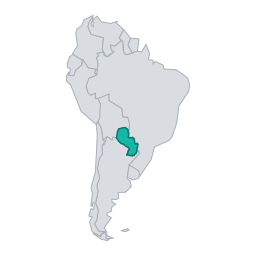 South America, with Paraguay highlighted
{"feature_id": "PRY", "entity_name": "Paraguay", "entity_type": "country or territory", "adm_level": 0, "iso_a3": "PRY", "parent_name": "South America", "parent_adm1": "", "projection": "equal_earth", "projection_center": [-57.583, -23.42], "detail": "fine", "context": "in_parent", "style": "filled", "palette": "teal", "viewbox_px": 256, "rotation_deg": 0, "n_neighbors": 12, "source": "natural_earth", "source_scale": "50m", "svg_char_len": 6709}
<svg xmlns="http://www.w3.org/2000/svg" viewBox="0 0 256 256"><path d="M105.7,232.8L107.8,236.0L113.7,238.3L106.2,238.7L105.7,232.8ZM129.3,164.8L127.1,178.5L130.2,181.3L131.3,186.4L125.5,192.2L118.1,192.5L118.7,198.2L117.3,199.3L111.8,199.4L112.2,202.4L115.8,204.0L111.9,206.8L111.2,211.4L107.4,212.9L106.8,215.1L111.3,217.8L104.2,227.6L106.7,232.0L98.5,231.1L94.5,223.7L96.6,220.6L98.3,210.6L95.6,203.0L98.0,191.6L96.9,185.7L99.6,177.8L97.4,168.6L99.2,158.9L102.4,153.7L101.9,145.7L104.6,144.0L107.1,136.5L112.0,139.8L113.0,137.0L115.9,137.2L121.1,143.5L128.9,147.9L126.8,154.5L134.1,155.4L138.1,149.2L139.3,153.8L129.3,164.8Z" fill="#d9dde1" stroke="#a8b0b8" stroke-width="1"/><path d="M105.7,232.8L106.2,238.7L109.7,238.8L107.3,240.6L101.2,239.2L92.9,233.4L100.8,236.6L102.3,233.6L105.7,232.8ZM98.2,121.8L101.3,128.1L103.2,140.1L105.4,140.4L101.9,145.7L102.4,153.7L99.2,158.9L97.4,168.6L99.6,177.8L96.9,185.7L98.0,191.6L95.6,203.0L98.3,210.6L96.6,220.6L94.5,223.7L98.5,231.1L105.8,231.9L101.0,233.5L100.0,236.1L92.1,231.8L89.5,221.9L92.3,216.9L88.8,216.1L91.0,208.6L93.6,209.6L94.3,203.4L92.7,202.6L92.3,206.4L90.8,206.0L92.4,193.8L91.1,187.2L95.4,172.0L97.3,135.0L96.2,124.4L98.2,121.8Z" fill="#d9dde1" stroke="#a8b0b8" stroke-width="1"/><path d="M121.6,230.7L127.3,228.6L129.0,229.9L125.5,231.6L121.6,230.7Z" fill="#d9dde1" stroke="#a8b0b8" stroke-width="1"/><path d="M129.3,164.8L138.7,170.8L140.1,173.0L138.5,178.4L132.7,179.9L127.3,176.9L129.3,164.8Z" fill="#d9dde1" stroke="#a8b0b8" stroke-width="1"/><path d="M139.6,176.4L138.7,170.8L129.3,164.8L139.3,153.8L139.3,151.1L136.8,149.8L137.7,144.0L134.9,143.8L133.9,138.3L128.5,137.4L129.6,123.8L127.6,117.3L122.7,117.1L121.7,108.4L108.8,100.6L108.9,94.2L101.2,98.7L95.3,98.7L95.4,93.3L90.9,95.3L88.1,93.2L86.0,86.3L88.8,78.3L96.7,74.8L97.9,63.4L96.4,57.5L98.5,55.9L96.9,53.3L103.0,52.1L104.2,55.4L108.2,56.6L114.0,51.6L111.6,50.5L110.2,44.9L114.8,46.0L121.0,40.8L123.0,41.5L123.0,49.6L125.5,54.7L133.6,52.9L133.6,50.5L141.7,51.8L146.0,44.4L149.5,53.2L148.5,59.7L153.1,60.3L153.2,63.9L155.3,61.5L163.0,65.0L163.8,69.0L176.1,69.7L187.6,77.8L189.8,85.6L188.6,91.5L178.9,105.9L176.8,122.8L172.0,136.8L169.2,140.4L154.5,146.9L151.1,159.7L139.6,176.4Z" fill="#d9dde1" stroke="#a8b0b8" stroke-width="1"/><path d="M97.9,98.5L108.9,94.2L108.8,100.6L121.7,108.4L122.7,117.1L127.6,117.3L129.6,123.8L128.7,130.1L125.4,127.9L118.5,128.9L116.3,137.9L113.0,137.0L112.0,139.8L107.1,136.5L103.2,140.1L101.3,128.1L98.2,121.8L100.3,104.1L97.9,98.5Z" fill="#d9dde1" stroke="#a8b0b8" stroke-width="1"/><path d="M96.7,74.8L88.8,78.3L86.0,86.3L88.1,93.2L90.9,95.3L95.4,93.3L95.3,98.7L97.9,98.5L100.3,104.1L99.8,118.0L96.2,124.4L81.2,111.5L70.7,85.1L66.7,81.3L66.2,76.4L69.1,71.6L68.8,75.2L73.6,75.7L75.6,70.2L81.7,65.0L82.9,59.6L88.3,67.7L96.3,69.2L94.6,72.8L96.7,74.8Z" fill="#d9dde1" stroke="#a8b0b8" stroke-width="1"/><path d="M104.7,54.9L103.0,52.1L96.9,53.3L98.5,55.9L96.4,57.5L97.9,63.4L96.7,74.8L94.6,72.8L96.3,69.2L88.3,67.7L82.9,59.6L76.7,58.0L72.6,53.4L77.5,45.7L75.7,33.6L76.9,29.0L81.7,25.7L83.8,19.9L93.1,15.4L87.9,26.8L91.3,34.5L103.5,37.7L102.2,49.3L104.7,54.9Z" fill="#d9dde1" stroke="#a8b0b8" stroke-width="1"/><path d="M121.0,40.8L114.8,46.0L110.2,44.9L111.6,50.5L114.0,51.6L106.2,56.8L102.2,49.3L103.5,37.7L91.3,34.5L87.9,26.8L89.0,22.2L91.5,18.1L93.2,17.5L91.2,24.2L93.3,26.8L93.0,20.3L96.9,16.1L101.4,21.8L110.1,23.5L118.1,21.2L115.8,22.3L123.6,29.6L119.2,38.1L121.0,40.8Z" fill="#d9dde1" stroke="#a8b0b8" stroke-width="1"/><path d="M132.1,52.6L126.8,54.9L123.9,53.0L123.0,41.5L119.2,38.1L123.6,29.6L130.5,38.1L128.1,44.9L132.1,52.6Z" fill="#d9dde1" stroke="#a8b0b8" stroke-width="1"/><path d="M137.5,51.2L132.1,52.6L129.3,47.5L128.1,44.9L130.5,38.1L139.0,38.9L137.5,51.2Z" fill="#d9dde1" stroke="#a8b0b8" stroke-width="1"/><path d="M82.1,60.0L81.7,65.0L75.6,70.2L73.6,75.7L68.8,75.2L70.5,68.9L67.3,67.5L67.4,63.2L69.6,56.7L72.9,54.5L82.1,60.0Z" fill="#d9dde1" stroke="#a8b0b8" stroke-width="1"/><path d="M127.9,130.7L127.9,131.0L128.0,131.2L128.1,131.3L128.1,131.5L128.3,131.8L128.3,132.0L128.3,132.4L128.4,132.5L128.5,132.6L128.5,132.8L128.5,133.0L128.6,133.3L128.7,133.6L128.7,134.1L128.6,134.3L128.6,134.5L128.6,134.8L128.5,135.1L128.4,135.3L128.5,135.5L128.5,135.9L128.5,136.0L128.4,136.4L128.4,136.6L128.5,136.8L128.4,136.9L128.3,137.1L128.4,137.4L128.6,137.5L128.8,137.6L128.9,137.4L129.0,137.4L129.2,137.5L129.4,137.7L129.6,137.7L129.8,137.7L130.0,137.8L130.2,137.7L130.5,137.8L130.8,137.9L131.0,138.0L131.3,138.0L131.6,137.9L131.8,137.9L131.9,137.7L132.0,137.5L132.1,137.4L132.3,137.3L132.5,137.7L132.7,137.8L132.8,138.0L133.2,138.0L133.4,138.0L133.7,138.1L133.8,138.1L133.9,138.3L134.0,138.5L134.1,138.8L134.2,139.1L134.3,139.2L134.4,139.4L134.4,139.6L134.3,139.8L134.3,140.1L134.4,140.3L134.4,140.6L134.4,140.8L134.5,141.0L134.6,141.3L134.5,141.6L134.6,141.9L134.6,142.1L134.6,142.3L134.6,142.5L134.8,142.8L134.8,143.2L134.8,143.4L134.9,143.7L135.0,143.9L135.4,144.0L135.7,143.9L136.0,143.8L136.1,143.7L136.4,143.5L136.6,143.4L136.8,143.3L137.1,143.4L137.4,143.6L137.5,143.8L137.9,144.1L137.7,144.3L137.7,144.6L137.8,144.9L137.7,145.7L137.4,146.9L137.3,147.5L137.2,148.1L136.9,148.8L136.9,149.3L136.8,150.7L136.7,151.7L136.5,152.5L136.3,152.9L136.1,152.9L136.0,153.1L136.0,153.3L135.8,153.4L135.6,153.5L135.5,153.8L135.3,153.9L135.0,154.0L134.8,154.1L134.7,154.3L134.4,154.6L134.3,154.8L134.4,155.0L134.3,155.3L134.1,155.5L133.9,155.5L133.7,155.3L133.5,155.2L133.2,155.1L132.9,155.1L132.7,155.3L132.6,155.5L132.4,155.9L132.2,155.9L132.1,155.7L131.8,155.6L131.5,155.7L131.3,155.7L131.1,155.5L130.9,155.5L130.5,155.6L129.8,155.5L128.8,155.1L127.9,155.0L126.8,155.1L126.7,154.7L126.8,154.5L126.9,154.3L127.0,154.2L127.2,153.8L127.4,153.7L127.5,153.6L127.5,153.4L127.7,153.2L127.8,152.9L127.8,152.7L127.8,152.3L127.8,152.0L127.9,151.7L128.0,151.5L128.0,151.3L128.1,151.2L128.5,150.9L128.6,150.7L128.6,150.4L128.9,150.0L128.9,149.8L128.9,149.7L129.0,149.6L129.3,149.3L129.4,149.1L129.4,148.9L129.4,148.7L129.2,148.4L128.8,147.8L128.4,147.5L128.0,147.2L127.7,147.1L127.4,147.2L127.2,146.9L126.5,146.6L125.3,145.8L124.8,145.5L124.7,145.2L124.2,144.8L123.5,144.2L122.9,143.9L122.5,144.0L121.9,143.8L121.1,143.4L120.6,143.1L120.4,142.7L120.1,142.4L119.6,142.1L119.4,141.8L119.3,141.7L119.2,141.6L118.9,141.4L118.6,141.1L118.3,140.7L117.9,140.0L117.5,139.2L117.1,138.6L116.7,138.3L116.5,138.1L116.4,137.9L116.4,137.7L116.6,137.0L116.8,136.0L117.0,135.0L117.3,133.8L117.3,133.0L117.3,132.1L117.7,131.4L118.0,130.9L118.2,130.4L118.4,129.5L118.6,128.9L119.2,128.8L120.3,128.5L120.8,128.4L122.0,128.0L123.1,127.7L124.3,127.7L125.5,127.7L126.4,128.4L127.1,128.9L127.8,129.5L127.9,130.2L127.9,130.7Z" fill="#14b8a6" stroke="#0f766e" stroke-width="1.5"/></svg>